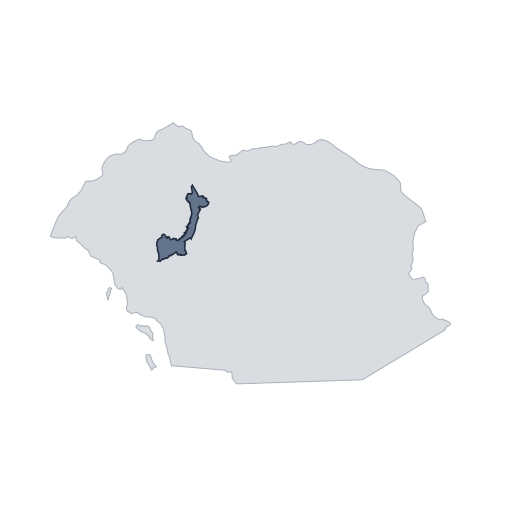 Kilombero, Morogoro, United Republic of Tanzania shown in context, rotated 149°
{"feature_id": "72390352B25590445201102", "entity_name": "Kilombero", "entity_type": "district", "adm_level": 2, "iso_a3": "TZA", "parent_name": "United Republic of Tanzania", "parent_adm1": "Morogoro", "projection": "mercator", "projection_center": [36.337, -8.562], "detail": "fine", "context": "in_parent", "style": "filled", "palette": "slate", "viewbox_px": 512, "rotation_deg": 149, "n_neighbors": 0, "source": "geoboundaries", "source_scale": "gbopen_adm2", "svg_char_len": 9201}
<svg xmlns="http://www.w3.org/2000/svg" viewBox="0 0 512 512"><g transform="rotate(149 256 256)"><path d="M197.2,347.0L192.3,344.4L187.9,342.9L184.3,341.1L182.7,339.4L179.3,338.8L176.3,338.5L173.6,336.9L168.0,336.3L167.4,335.3L167.3,333.0L166.3,332.4L164.3,331.8L162.1,331.8L160.8,332.1L160.0,332.0L158.2,330.6L156.5,328.8L155.9,326.1L153.3,324.3L150.4,322.9L142.2,323.0L140.9,322.6L139.0,321.2L136.7,318.8L134.9,316.2L133.3,312.6L131.6,307.7L122.2,288.3L121.3,284.7L119.5,280.6L116.5,275.6L113.3,272.0L109.0,268.6L104.1,265.3L101.5,263.0L96.4,253.9L95.4,249.7L94.6,245.2L94.9,243.5L98.1,237.8L98.4,236.2L98.0,234.0L96.5,229.5L94.5,224.0L90.5,214.0L89.9,211.5L90.0,209.6L92.4,199.5L92.3,198.1L101.7,198.3L108.5,193.8L114.5,187.2L115.7,184.4L118.1,180.2L120.5,178.1L121.4,176.6L122.8,172.4L125.9,169.5L129.0,167.3L128.3,165.7L128.8,165.1L130.4,164.0L133.7,163.0L134.3,160.8L134.3,158.2L133.8,156.8L133.9,155.2L133.4,154.3L131.3,154.1L128.1,152.8L125.5,152.3L123.7,151.6L123.0,151.0L122.8,149.5L124.2,145.6L122.8,144.1L126.0,137.7L126.6,136.9L127.8,136.8L129.7,136.1L131.4,135.8L132.8,136.0L133.9,135.8L134.8,135.0L135.6,132.9L136.2,129.2L135.9,126.2L134.5,124.0L134.2,120.5L134.8,115.8L134.3,111.9L132.8,108.8L131.3,106.9L129.0,106.1L125.3,101.3L124.1,99.0L124.3,97.6L125.6,97.0L128.0,97.2L130.2,96.6L132.2,95.3L134.2,95.0L135.3,95.2L228.7,95.2L338.0,156.1L338.5,156.9L339.3,162.1L339.1,163.9L337.4,166.9L336.9,168.5L336.9,169.6L337.3,170.0L338.8,170.2L340.0,170.9L340.4,171.5L341.4,173.8L342.6,174.9L384.1,204.9L385.0,205.3L384.4,207.9L382.1,214.0L382.0,216.5L381.0,219.5L380.2,221.5L377.8,230.1L375.8,233.3L373.0,240.8L372.6,246.6L374.1,250.6L374.7,254.4L377.9,258.1L380.4,259.5L382.2,261.2L385.2,265.1L387.0,268.9L392.5,270.9L394.7,275.2L393.9,278.2L391.3,280.7L389.0,284.8L387.0,290.1L387.0,298.2L388.3,296.9L391.2,298.9L391.6,304.9L388.6,311.9L387.6,315.1L387.5,317.9L389.7,326.3L393.0,330.5L392.7,331.9L391.9,333.0L397.5,340.5L397.1,347.1L399.2,352.2L400.1,356.6L401.5,360.0L401.8,362.4L400.0,365.0L404.2,365.6L406.6,367.7L407.7,369.8L410.7,369.7L412.3,371.1L414.7,372.2L419.8,375.7L421.2,377.4L422.1,379.0L407.9,389.8L402.8,392.6L399.1,393.9L395.2,394.6L391.5,396.3L388.0,399.0L383.5,400.3L378.1,400.3L372.3,402.2L363.3,407.8L358.0,404.7L353.9,403.7L349.1,403.8L346.2,404.2L345.2,404.9L344.3,406.8L343.5,409.9L340.4,412.9L334.9,415.8L329.9,416.9L325.3,416.1L322.2,414.9L320.6,413.3L318.2,412.5L315.0,412.6L312.0,413.8L309.1,416.1L304.4,417.0L298.1,416.7L294.7,415.7L294.2,413.8L291.4,411.6L286.3,409.1L282.6,409.0L280.2,411.4L278.0,413.0L276.0,413.6L274.2,413.6L271.6,413.0L264.6,412.7L258.0,412.8L257.3,409.4L255.9,407.2L254.7,406.0L252.4,405.6L251.8,404.7L251.0,402.5L249.9,400.7L248.4,399.1L247.5,397.7L247.2,396.4L247.4,395.0L248.8,391.4L249.3,389.0L249.1,386.5L248.3,383.9L246.8,380.9L246.9,380.0L246.4,377.9L246.3,376.4L246.7,374.6L246.4,372.2L245.0,367.2L245.0,365.9L243.6,363.4L239.1,357.6L238.9,356.8L232.0,351.0L229.2,349.7L228.2,350.8L227.9,351.8L228.2,353.7L228.0,354.6L227.7,355.0L226.0,355.0L225.0,354.7L222.4,353.2L220.3,352.8L215.3,353.1L213.5,353.4L212.1,353.1L209.4,350.4L206.3,349.8L203.4,349.7L198.8,346.6L197.2,347.0ZM393.2,249.7L395.5,256.1L395.2,257.3L393.6,258.0L392.8,258.1L391.8,257.1L391.1,254.9L389.8,255.4L387.7,252.9L385.7,252.7L383.9,249.7L384.6,247.0L384.2,242.4L386.4,240.1L387.6,236.2L389.1,238.8L389.4,243.0L391.3,248.0L393.2,249.7ZM404.2,211.7L404.4,213.2L403.9,214.7L404.0,219.2L403.9,222.2L402.2,226.4L400.8,227.8L399.5,227.4L398.5,226.7L397.7,225.6L399.3,217.9L398.5,212.4L401.7,212.9L404.2,211.7ZM399.6,303.9L398.0,304.3L397.4,303.9L396.4,302.6L398.1,301.6L399.8,299.5L403.7,296.5L405.5,294.0L405.2,296.4L403.0,301.6L401.1,301.9L399.6,303.9Z" fill="#d9dde1" stroke="#a8b0b8" stroke-width="1"/><path d="M288.5,316.6L287.9,317.1L287.7,317.5L286.5,317.7L286.0,318.0L285.7,318.4L285.6,319.2L285.2,320.1L285.2,320.8L284.6,321.4L284.5,321.6L279.7,324.6L280.4,324.9L280.4,325.0L280.0,325.0L279.8,325.2L279.9,326.1L279.9,326.7L279.8,326.9L280.0,327.5L279.6,327.4L279.0,326.9L278.4,327.7L277.9,327.2L277.2,325.7L276.9,325.3L276.6,325.2L276.4,325.3L275.7,325.0L275.4,325.1L274.8,324.8L274.5,324.5L274.1,324.4L273.3,324.4L271.6,324.5L270.0,325.1L269.7,325.3L269.6,326.1L269.3,326.3L269.0,326.3L268.9,326.8L269.2,327.0L269.2,327.3L269.8,328.0L269.6,328.2L269.6,328.6L269.6,328.8L269.8,329.0L269.8,329.4L269.5,329.7L269.4,330.1L268.9,330.4L268.8,330.8L269.3,330.9L269.5,330.8L269.7,331.1L269.7,331.3L269.5,331.5L269.8,331.8L269.8,332.0L270.1,332.2L270.1,332.4L269.9,332.5L270.0,332.8L270.3,333.0L270.6,332.9L270.9,333.2L270.9,333.5L271.4,333.4L271.5,333.6L271.5,334.0L271.3,334.1L270.6,335.0L273.0,335.8L274.0,336.3L274.8,336.7L274.3,338.3L274.1,340.1L274.1,345.8L274.2,346.2L274.1,349.5L274.8,349.0L275.4,348.7L275.8,348.5L278.0,342.9L278.7,342.8L279.3,342.5L279.4,342.4L279.5,342.3L279.7,342.9L280.1,343.3L280.3,343.4L280.7,343.6L280.9,343.5L281.0,343.5L281.4,343.6L281.7,343.6L281.7,343.8L281.9,343.8L282.1,344.0L282.2,344.4L282.5,344.3L283.1,344.0L283.2,343.7L283.9,343.4L284.2,342.9L285.1,342.3L284.9,342.1L285.0,342.0L285.3,342.1L285.2,341.4L285.6,341.4L285.5,341.2L286.2,340.7L286.5,340.8L286.5,340.6L286.5,339.7L286.3,339.3L286.4,338.9L286.2,338.7L286.3,338.5L286.2,338.4L286.3,338.1L286.1,337.9L286.1,337.6L286.0,337.3L286.1,337.2L285.9,337.1L286.0,337.0L285.8,336.9L285.8,336.7L285.6,336.4L285.5,336.5L285.4,336.3L285.6,336.0L285.4,335.8L285.4,335.6L285.3,335.2L285.5,335.2L285.7,334.9L286.1,334.2L286.3,333.9L286.4,333.1L286.3,332.8L286.5,332.7L286.9,332.0L286.9,331.7L287.1,331.6L287.2,331.2L287.3,330.6L287.3,329.9L287.5,329.5L287.7,329.4L287.5,329.2L287.8,329.0L287.8,328.6L288.2,327.7L288.2,327.4L288.5,327.2L288.5,326.8L288.6,326.7L288.8,326.3L289.0,326.0L289.0,325.7L289.2,325.3L289.5,325.2L290.1,324.5L290.6,323.8L290.8,323.6L291.1,323.6L291.2,323.1L291.3,323.1L291.8,322.7L292.3,322.4L292.4,322.5L292.5,322.3L292.9,322.2L292.9,321.9L293.1,321.9L293.4,321.3L293.7,321.4L293.8,321.3L293.9,320.8L294.1,320.7L294.4,320.0L294.6,320.0L294.7,319.9L294.6,319.7L294.9,319.5L294.9,319.3L295.0,319.0L295.1,318.9L295.2,318.5L295.4,318.3L295.8,318.3L295.9,318.1L296.0,318.2L296.0,318.4L296.4,318.3L296.6,318.4L296.5,318.6L296.8,318.5L296.9,318.3L297.2,318.2L297.5,318.0L297.6,317.8L297.8,317.8L298.0,317.6L298.4,317.7L298.4,317.4L298.5,317.2L298.8,316.9L298.7,317.1L298.9,317.0L298.9,316.9L299.1,316.6L299.5,316.7L299.4,316.6L299.6,316.4L299.8,316.3L299.5,316.2L299.6,315.5L299.6,315.4L299.8,315.3L299.9,315.0L300.1,315.1L300.0,314.9L300.3,314.9L300.2,314.6L300.7,314.7L300.8,314.5L301.3,314.3L301.4,314.0L301.6,314.2L302.0,313.9L302.3,313.8L302.2,313.6L302.5,313.7L302.7,313.3L303.1,313.3L303.2,313.1L303.4,313.1L303.4,312.8L303.2,312.7L303.6,312.7L303.8,312.4L303.8,312.5L304.0,312.5L304.3,312.5L304.7,312.9L304.9,312.9L304.9,312.6L305.2,312.6L305.1,312.4L305.2,312.0L305.3,312.0L305.6,312.2L305.5,311.6L305.9,311.7L306.2,311.5L306.3,311.2L306.9,311.2L307.1,311.0L307.1,310.7L307.3,310.9L307.9,310.8L308.0,311.0L308.5,311.0L308.5,310.9L308.5,310.6L308.9,310.3L309.1,310.4L309.2,309.9L309.5,310.1L309.4,310.4L309.6,310.5L309.8,310.3L309.9,309.9L310.3,310.1L310.4,310.4L310.9,310.1L311.1,310.2L311.6,310.0L311.9,310.1L312.5,309.6L312.6,309.9L312.7,310.0L312.8,309.8L312.9,309.5L313.2,309.8L313.5,309.5L313.9,309.8L314.1,309.6L314.4,309.7L314.9,309.6L315.3,309.6L315.4,309.8L315.6,309.9L315.6,310.0L316.0,310.3L316.1,310.5L315.9,310.5L315.8,310.8L315.8,311.0L315.5,311.7L315.8,311.9L316.2,312.0L316.5,312.7L317.1,312.8L317.6,313.0L317.6,313.6L319.8,313.5L320.6,313.9L320.9,314.9L320.7,316.6L320.9,317.2L321.3,317.6L321.4,317.9L321.6,317.9L321.7,317.4L322.1,317.1L322.5,317.0L323.3,317.4L323.1,318.6L323.4,319.1L323.1,320.5L323.4,321.7L323.6,321.9L323.9,321.9L324.6,322.5L324.9,322.5L325.5,322.3L325.8,322.0L326.4,321.9L326.5,321.3L326.8,320.7L327.3,320.6L327.8,320.7L331.8,320.5L331.9,320.1L333.7,319.0L334.3,318.2L335.4,316.5L335.7,315.7L336.1,314.1L337.3,311.9L337.7,311.1L338.2,308.1L338.8,306.7L339.3,306.2L340.3,303.9L340.9,303.3L341.5,302.9L342.7,302.5L342.5,302.4L342.6,302.0L341.5,301.6L341.1,300.9L340.8,300.8L340.6,300.9L339.5,301.2L338.5,301.3L337.9,301.6L337.2,300.8L336.7,300.7L336.5,300.8L336.5,301.2L335.9,301.2L335.6,301.0L334.6,300.8L334.2,300.5L333.9,300.0L333.2,300.4L332.6,299.9L332.3,300.0L332.1,300.0L331.7,300.0L331.5,300.3L331.2,300.5L331.0,301.0L330.7,301.1L329.7,300.4L328.8,300.1L328.6,300.6L328.1,300.5L327.9,300.7L327.6,300.6L327.3,300.3L326.0,300.1L325.8,300.3L325.4,300.2L324.3,300.4L323.1,300.4L322.7,300.7L322.3,300.5L322.2,299.8L322.3,299.5L322.2,299.1L322.4,298.7L322.3,298.4L322.5,297.8L322.1,297.9L321.8,297.6L321.9,297.1L321.7,296.8L321.1,296.4L320.6,296.2L320.3,296.3L320.2,296.2L320.5,296.0L320.5,295.9L320.2,295.8L320.2,295.7L319.8,295.5L319.9,295.3L319.8,295.2L319.5,295.2L319.3,294.9L318.6,294.6L318.4,294.4L317.5,294.1L317.2,293.9L317.1,293.7L316.5,293.7L316.1,293.9L315.8,293.6L315.4,293.7L314.4,293.6L314.2,293.9L313.7,296.6L313.9,297.1L313.7,297.3L313.9,297.8L313.2,299.1L309.9,303.9L309.9,304.9L310.2,305.2L310.2,305.3L302.8,305.4L302.8,304.0L301.3,305.1L300.6,305.4L299.0,306.6L298.0,307.1L294.6,309.9L293.2,311.5L292.2,313.2L289.6,315.3L288.5,316.6Z" fill="#64748b" stroke="#1e293b" stroke-width="1.5"/></g></svg>